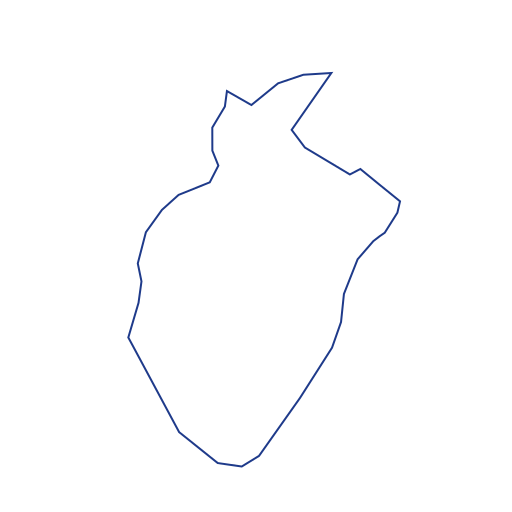 outline of Wadi Bissam, Kanem, Chad, rotated 33°
{"feature_id": "50815135B97156808183777", "entity_name": "Wadi Bissam", "entity_type": "district", "adm_level": 2, "iso_a3": "TCD", "parent_name": "Chad", "parent_adm1": "Kanem", "projection": "natural_earth1", "projection_center": [15.685, 13.516], "detail": "fine", "context": "isolated", "style": "outline", "palette": "blue", "viewbox_px": 512, "rotation_deg": 33, "n_neighbors": 0, "source": "geoboundaries", "source_scale": "gbopen_adm2", "svg_char_len": 618}
<svg xmlns="http://www.w3.org/2000/svg" viewBox="0 0 512 512"><g transform="rotate(33 256 256)"><path d="M358.7,440.3L367.4,422.0L370.2,351.1L369.7,291.5L363.3,265.1L350.4,239.9L343.0,203.4L346.3,179.6L349.0,171.9L351.3,166.4L351.0,142.7L347.0,131.7L321.4,129.0L296.1,126.2L290.3,136.5L237.9,138.4L217.2,130.8L219.5,61.5L197.0,78.2L180.5,99.1L169.9,131.9L141.8,133.5L148.5,147.6L149.4,172.1L162.0,191.4L175.2,200.7L177.1,219.4L157.8,246.9L152.0,268.5L150.7,296.0L160.9,326.6L173.8,339.7L183.0,359.3L193.3,393.9L201.2,398.2L287.5,445.6L336.7,450.5L358.7,440.3Z" fill="none" stroke="#1e3a8a" stroke-width="2"/></g></svg>